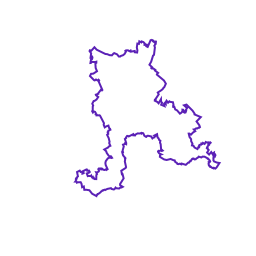 the district of Ashbourne Lea-6, Meath, Ireland, rotated 53°
{"feature_id": "5873133B77849268115801", "entity_name": "Ashbourne Lea-6", "entity_type": "district", "adm_level": 2, "iso_a3": "IRL", "parent_name": "Ireland", "parent_adm1": "Meath", "projection": "albers", "projection_center": [-6.417, 53.558], "detail": "fine", "context": "isolated", "style": "outline", "palette": "violet", "viewbox_px": 256, "rotation_deg": 53, "n_neighbors": 0, "source": "geoboundaries", "source_scale": "gbopen_adm2", "svg_char_len": 5822}
<svg xmlns="http://www.w3.org/2000/svg" viewBox="0 0 256 256"><g transform="rotate(53 128 128)"><path d="M139.1,202.3L139.8,201.4L140.9,201.7L141.0,201.0L142.8,198.4L144.6,198.7L147.7,200.3L148.1,198.5L151.1,200.1L152.2,198.5L154.5,196.3L158.9,196.2L163.3,194.2L162.7,193.5L162.9,192.8L162.4,192.0L162.8,191.3L162.8,188.8L162.5,187.2L162.9,185.6L162.6,185.5L163.3,183.6L163.8,183.5L164.2,181.2L165.8,177.8L166.8,177.8L168.6,176.3L168.6,175.0L168.1,173.8L169.1,173.6L171.0,171.5L170.9,170.2L171.6,169.0L171.8,167.6L169.0,168.7L168.0,168.1L165.6,161.8L161.3,160.0L160.9,160.0L160.9,160.5L158.1,159.1L158.5,153.9L158.1,153.1L152.7,150.6L151.7,149.4L150.6,148.9L150.5,148.2L147.0,148.4L143.8,147.2L144.2,146.5L142.7,145.8L140.2,142.5L138.3,142.0L138.9,140.1L138.6,139.8L139.8,139.2L139.0,138.5L134.9,137.1L134.9,135.6L134.4,135.4L133.8,133.5L134.3,132.8L135.2,132.5L136.0,128.0L136.4,128.1L136.3,127.5L137.5,127.7L138.2,126.8L137.7,126.1L138.1,123.6L139.7,121.6L139.9,120.4L140.4,120.4L140.3,120.2L140.7,119.5L141.4,119.0L144.0,119.6L145.8,119.0L146.1,118.7L145.8,118.0L146.1,116.8L148.6,114.6L151.0,114.8L150.9,113.7L151.4,112.5L150.8,111.8L150.9,111.2L150.1,111.4L150.3,111.0L150.0,110.7L150.4,108.5L153.5,110.1L154.5,109.8L156.5,110.3L157.6,109.8L159.0,111.3L160.5,111.6L164.8,114.3L166.9,113.9L166.7,114.9L165.7,115.3L165.2,117.0L164.7,117.2L164.7,118.1L165.0,118.3L166.9,118.4L169.1,117.3L168.8,118.1L169.1,118.9L170.2,119.9L174.8,118.1L176.8,116.4L178.4,112.6L181.4,110.9L181.9,110.2L183.8,110.7L185.1,110.0L186.4,110.2L187.2,109.5L187.5,108.4L188.8,107.5L188.4,107.3L188.5,106.7L192.2,104.0L191.9,100.8L192.4,99.9L191.9,99.2L191.8,98.5L192.1,98.1L191.9,97.8L192.1,97.6L191.3,95.7L191.7,95.1L191.4,94.7L191.9,93.9L193.2,93.7L193.7,92.7L193.5,92.0L193.7,89.7L193.4,88.8L195.7,87.1L195.7,85.7L197.0,84.1L200.5,82.5L200.6,82.8L202.9,82.2L204.0,82.5L203.8,83.3L204.3,83.5L204.0,84.1L204.5,84.2L204.9,85.1L206.5,85.9L208.6,85.8L208.8,85.6L208.4,85.3L210.8,84.7L211.2,83.9L211.8,83.8L211.6,83.3L213.0,82.6L212.8,81.0L211.0,76.0L209.0,77.9L206.4,79.4L205.1,79.2L202.5,76.8L202.4,75.8L203.0,75.7L202.3,74.5L201.5,74.4L201.9,76.5L199.4,74.2L199.3,75.7L199.6,76.2L197.3,76.0L198.0,79.2L195.2,79.6L194.1,76.8L191.7,77.1L191.7,76.4L191.0,76.4L190.5,75.3L190.3,73.6L189.4,73.6L189.7,72.1L189.5,70.9L189.0,71.0L189.3,72.2L188.0,72.2L186.9,73.9L186.0,74.3L186.8,76.4L185.0,77.1L185.5,78.1L184.5,78.7L185.3,79.7L184.5,81.1L185.3,82.7L186.0,82.4L186.2,82.8L185.6,83.2L186.6,85.2L183.6,86.6L181.6,86.4L180.4,87.4L179.2,85.9L176.5,85.5L174.9,84.3L172.3,84.3L169.0,82.9L169.3,82.4L171.2,81.7L170.7,78.7L171.0,76.2L168.8,76.3L169.2,75.5L169.3,73.7L170.0,73.2L170.2,71.4L170.6,71.1L170.6,70.0L168.8,69.4L164.0,69.3L163.1,63.3L157.2,66.7L156.7,66.2L153.0,66.0L144.5,67.2L143.6,69.6L147.6,68.8L148.5,71.2L149.2,71.1L150.1,72.5L149.9,72.7L150.0,73.4L149.2,73.8L148.8,72.8L147.3,73.6L146.6,73.0L146.1,73.5L147.3,74.3L147.9,76.2L147.8,77.9L143.4,78.2L141.6,79.1L139.1,78.3L138.4,79.2L137.5,78.7L137.3,78.4L137.6,78.2L137.0,77.8L134.5,76.6L132.4,78.7L131.6,78.9L131.9,80.8L129.4,80.8L130.1,82.3L131.3,83.2L130.1,83.2L130.4,84.7L131.5,84.8L131.7,85.4L132.5,85.7L129.4,87.5L128.3,85.6L126.8,85.7L124.8,84.3L126.7,88.7L124.8,88.9L122.3,90.2L122.0,89.9L122.6,89.6L122.3,89.1L121.7,89.3L119.6,83.2L117.6,82.9L117.9,78.4L117.7,76.4L117.2,75.4L117.3,74.6L115.4,71.1L111.7,70.7L102.7,72.8L102.2,72.0L102.1,70.8L98.3,71.9L98.0,71.2L94.5,72.4L94.8,73.1L94.1,73.3L93.7,72.2L90.4,72.8L89.0,69.6L85.3,64.5L85.2,63.2L79.8,58.0L78.1,57.4L78.0,56.8L76.9,55.0L77.1,54.9L75.8,53.7L75.5,54.0L76.1,55.1L73.9,55.8L73.5,55.2L72.6,55.6L72.1,55.9L72.2,56.2L71.5,57.1L75.1,63.5L73.7,64.2L72.7,63.1L71.7,64.6L71.2,63.9L70.8,64.3L70.0,63.8L68.7,64.0L67.1,65.0L67.6,65.9L65.6,66.8L67.4,68.7L66.2,69.7L69.0,72.5L71.7,73.8L73.2,75.3L71.6,77.0L70.5,76.3L68.8,79.7L67.7,79.3L67.6,80.6L65.9,81.3L64.8,82.9L64.8,83.7L65.8,83.8L66.8,86.1L66.9,88.1L66.1,90.5L66.2,91.3L65.4,92.3L62.6,92.4L60.0,93.9L60.1,94.2L59.8,94.7L60.3,97.1L58.7,98.9L56.6,100.1L55.3,101.5L46.6,105.9L43.3,106.2L44.2,110.8L43.0,111.6L43.4,112.4L46.2,112.5L49.4,115.7L49.9,115.2L48.7,114.3L49.3,113.6L50.5,114.1L51.2,115.1L50.3,115.5L53.5,118.9L53.7,118.6L53.5,117.5L53.7,116.8L55.6,114.5L56.0,113.4L56.9,114.1L56.7,115.1L57.4,115.6L60.6,117.7L64.0,118.6L63.7,123.0L62.5,124.9L63.6,127.1L69.4,126.3L70.0,125.9L70.0,124.4L71.7,123.7L72.0,122.9L71.8,122.5L72.2,122.4L72.8,122.5L73.0,123.4L82.2,125.6L82.3,126.2L81.2,126.7L82.4,131.0L82.8,131.2L82.1,133.4L83.1,133.4L83.1,133.7L85.3,133.1L86.3,136.0L86.2,138.4L85.8,139.2L87.1,141.9L89.1,142.3L89.6,143.2L92.6,145.5L93.0,146.5L94.5,146.7L94.1,145.4L95.3,144.6L96.9,144.8L97.6,145.6L98.4,145.0L99.0,145.5L100.7,143.1L101.3,142.9L109.7,144.3L110.8,145.5L113.5,146.2L113.6,144.3L114.3,142.2L116.7,143.1L117.8,142.8L118.8,143.1L118.3,145.3L119.2,146.0L119.0,146.6L119.4,147.0L120.8,147.3L120.9,148.8L124.5,149.5L127.9,151.0L128.7,152.1L131.6,152.8L131.2,154.6L131.6,155.5L130.9,159.9L133.4,159.4L135.1,160.0L138.5,160.1L139.7,159.8L140.0,159.0L140.4,158.6L142.2,158.7L142.0,159.3L141.0,160.0L140.0,159.2L139.8,159.5L140.6,160.4L140.1,162.4L141.1,165.7L142.3,167.1L144.1,168.1L148.6,169.1L148.5,170.2L147.8,169.9L147.5,171.9L146.4,172.9L145.5,173.0L145.3,173.7L143.7,173.2L145.0,173.8L144.7,174.4L143.9,174.1L143.4,174.8L143.4,175.8L142.9,175.8L143.0,176.5L144.7,176.9L145.1,177.5L144.9,179.4L144.2,180.1L146.2,180.5L146.5,181.6L149.7,184.1L148.5,185.6L147.1,185.3L146.9,186.0L145.8,185.5L145.6,186.4L143.9,186.0L144.1,186.6L142.5,188.4L142.2,189.1L139.5,188.3L140.2,185.9L140.1,185.0L138.5,184.8L137.6,186.3L136.4,185.8L136.1,186.1L135.4,189.7L137.4,190.6L137.0,191.9L136.1,191.3L135.1,191.3L134.6,192.3L133.0,192.2L132.5,195.2L136.5,197.1L136.5,197.9L137.5,199.5L137.0,199.7L137.2,200.2L138.9,201.5L139.1,202.3Z" fill="none" stroke="#5b21b6" stroke-width="2"/></g></svg>